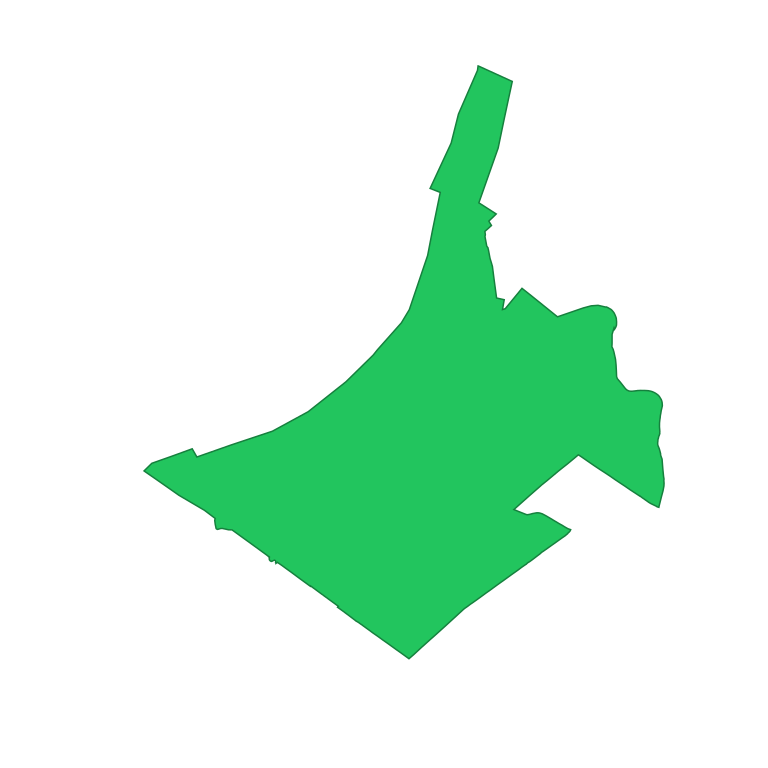 Gostinu, Romania, rotated 160°
{"feature_id": "2599482B60954600947831", "entity_name": "Gostinu", "entity_type": "district", "adm_level": 2, "iso_a3": "ROU", "parent_name": "Romania", "parent_adm1": "", "projection": "albers", "projection_center": [26.1, 43.984], "detail": "fine", "context": "isolated", "style": "filled", "palette": "green", "viewbox_px": 768, "rotation_deg": 160, "n_neighbors": 0, "source": "geoboundaries", "source_scale": "gbopen_adm2", "svg_char_len": 4839}
<svg xmlns="http://www.w3.org/2000/svg" viewBox="0 0 768 768"><g transform="rotate(160 384 384)"><path d="M186.8,650.7L188.9,646.7L221.7,612.2L238.5,587.4L273.8,552.0L265.6,544.8L282.4,517.5L285.9,511.8L299.0,489.9L334.8,445.2L346.8,435.5L378.3,418.5L384.2,414.9L419.0,399.1L464.7,383.9L505.0,377.8L548.5,379.0L584.8,379.4L586.4,388.7L607.9,388.7L629.3,388.9L639.2,384.4L638.4,383.2L631.1,372.9L621.0,358.5L614.8,349.6L595.9,326.7L588.6,315.4L589.7,313.8L590.6,309.8L591.2,305.5L590.4,304.4L589.3,304.2L587.0,304.1L585.4,303.6L582.5,301.8L580.0,300.2L576.7,298.9L560.8,275.4L553.0,263.8L551.6,261.6L551.1,261.0L551.4,260.9L551.0,260.2L551.4,259.5L551.6,259.1L551.7,258.8L551.8,257.9L551.5,256.9L550.7,255.9L550.0,255.7L548.7,255.9L547.4,255.9L547.1,255.9L546.6,255.3L546.4,254.8L546.4,254.3L546.6,253.9L547.0,253.2L546.9,253.0L546.9,252.7L546.8,252.8L546.5,252.6L546.3,252.5L545.9,252.6L545.7,252.6L545.2,252.9L542.0,248.4L539.0,243.9L535.6,238.9L532.5,234.2L529.2,229.2L525.7,224.0L522.4,219.1L522.1,219.4L521.6,218.7L519.8,216.0L514.9,208.6L509.0,199.8L505.5,194.6L502.9,190.7L504.0,190.1L501.4,186.3L497.7,180.7L493.4,174.1L492.0,171.9L491.5,171.0L490.4,169.7L489.5,168.6L482.3,158.0L479.6,153.9L476.2,149.1L472.5,143.6L469.2,138.9L466.0,134.2L463.1,129.9L460.1,125.6L455.9,119.4L454.5,117.3L453.2,117.8L448.5,119.6L439.7,123.3L438.8,123.7L436.7,124.5L428.1,128.0L424.2,129.5L413.3,133.9L400.9,139.0L386.7,144.9L385.1,145.5L381.3,146.5L380.4,146.8L378.8,147.3L378.2,147.5L376.1,148.0L372.0,149.1L365.7,150.9L359.2,152.8L356.6,153.5L356.4,153.5L356.0,153.7L355.8,153.7L350.3,155.3L346.5,156.4L335.4,159.5L331.2,160.7L327.7,161.7L325.8,162.2L321.1,163.5L317.6,164.6L314.6,165.4L313.4,165.7L312.6,165.9L312.0,166.0L311.6,166.2L310.9,166.5L310.3,166.8L309.7,166.9L309.2,167.0L308.7,167.1L308.1,167.2L304.9,168.1L297.6,170.4L295.6,171.0L294.5,171.4L294.3,171.5L293.7,171.9L293.3,172.0L293.1,172.0L292.9,172.0L290.6,172.6L282.6,174.8L273.9,177.2L270.0,178.3L265.4,179.5L264.2,180.0L262.7,180.5L262.4,180.8L260.3,181.7L259.2,182.4L258.4,183.3L259.9,184.5L260.5,185.0L261.6,186.2L262.5,187.3L263.1,188.0L264.8,190.2L267.0,192.7L269.1,195.3L271.1,197.7L272.5,199.5L275.4,203.0L276.8,204.7L278.8,206.9L279.6,207.8L280.6,208.6L281.8,209.5L282.7,210.0L283.7,210.4L284.5,210.7L286.0,211.0L287.4,211.2L288.2,211.4L289.6,211.5L291.7,211.7L293.4,212.0L294.2,212.2L294.7,212.5L295.2,212.9L301.5,218.5L304.9,221.6L284.8,229.6L274.7,233.5L271.9,234.6L270.5,235.2L268.6,235.8L262.0,238.1L252.1,241.7L251.5,241.9L250.8,242.2L244.6,244.3L239.7,245.9L233.5,248.1L225.8,250.9L225.5,250.9L223.0,247.5L218.7,241.4L214.3,235.2L210.4,229.9L206.7,225.0L203.3,220.4L199.2,214.6L195.6,209.7L192.7,205.8L188.8,200.3L185.2,195.5L182.0,191.2L181.9,191.3L181.4,190.6L180.1,188.6L176.6,183.6L175.8,182.4L175.4,181.9L174.7,181.0L174.1,180.3L170.7,176.8L170.1,176.2L169.6,175.6L169.4,175.4L169.4,175.2L167.9,174.1L167.3,175.1L161.7,183.4L158.4,188.1L155.9,192.3L154.8,194.9L154.0,197.7L153.4,198.9L152.9,201.5L151.2,208.2L148.7,217.2L148.4,218.3L148.4,219.3L148.4,220.5L148.4,221.9L148.1,223.6L147.9,224.0L147.7,226.1L147.5,228.5L147.5,230.1L147.6,232.4L147.5,233.5L147.1,234.7L146.6,235.9L146.3,236.4L146.2,236.6L146.1,236.9L145.8,237.6L145.5,238.2L145.2,238.6L144.7,239.2L144.3,239.9L143.9,240.5L143.6,240.9L143.1,241.4L142.6,242.0L142.3,242.4L142.1,242.7L141.8,243.0L141.7,243.6L141.1,244.9L140.9,245.6L140.6,246.6L140.1,248.4L139.8,249.5L139.2,251.1L138.4,253.2L137.1,255.9L136.0,257.9L135.1,259.8L133.9,261.8L133.2,263.1L132.7,264.0L131.4,266.0L130.1,268.0L129.7,268.8L129.4,270.0L129.0,271.4L128.8,272.9L128.8,273.7L128.8,274.6L129.2,276.5L129.5,278.1L130.2,279.8L131.1,281.2L132.2,282.7L133.4,284.0L134.8,285.3L136.1,286.2L137.9,287.3L139.5,288.0L141.6,288.9L143.3,289.5L145.1,290.2L146.4,290.6L147.9,291.1L148.6,291.2L151.5,291.9L153.5,292.4L154.8,292.9L156.4,293.8L157.8,295.3L158.7,297.0L159.3,298.8L161.3,304.9L162.1,307.0L162.9,309.2L162.9,311.4L161.1,317.0L159.4,322.6L158.0,328.0L157.0,335.5L156.9,337.1L156.8,338.0L156.9,339.0L157.1,341.1L156.8,341.8L156.0,343.6L155.8,344.2L155.7,344.4L152.7,352.6L148.6,358.1L148.6,356.6L147.5,357.5L146.6,358.3L145.8,359.3L145.4,359.8L144.8,361.3L144.2,362.8L143.7,364.7L143.3,366.1L143.2,367.1L143.2,368.6L143.3,370.4L143.5,372.2L144.0,373.8L144.6,375.4L145.2,376.5L146.4,377.9L147.4,379.1L148.6,380.3L149.4,380.5L151.1,381.6L155.9,384.7L162.6,386.6L170.7,387.3L198.0,387.8L215.1,416.1L221.6,426.7L244.3,413.3L247.2,413.4L242.2,422.1L248.8,426.3L244.9,444.1L241.9,457.4L241.6,461.6L241.4,465.8L240.0,474.2L239.9,475.4L239.7,476.5L240.3,478.3L238.7,488.0L237.7,489.6L237.0,492.9L232.9,494.5L228.8,496.2L229.8,501.2L223.2,504.1L220.4,505.4L232.9,521.8L214.5,544.2L196.0,566.7L180.8,591.3L170.4,607.9L160.0,624.4L181.0,645.1L186.3,650.3L186.5,650.5L186.8,650.7Z" fill="#22c55e" stroke="#15803d" stroke-width="1.5"/></g></svg>